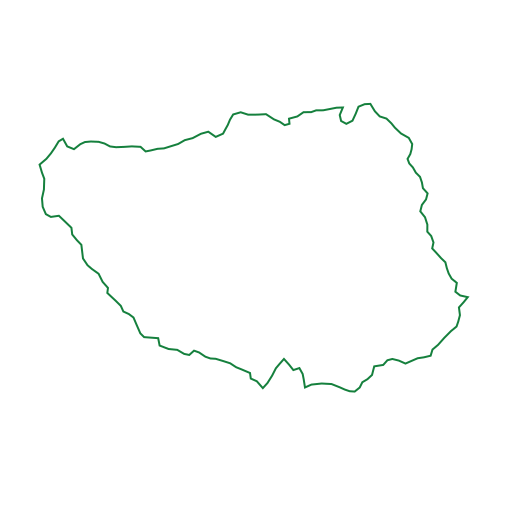 outline of Carmolândia, Tocantins, Brazil, rotated 259°
{"feature_id": "56859067B94534455119436", "entity_name": "Carmolândia", "entity_type": "district", "adm_level": 2, "iso_a3": "BRA", "parent_name": "Brazil", "parent_adm1": "Tocantins", "projection": "mercator", "projection_center": [-48.372, -7.038], "detail": "fine", "context": "isolated", "style": "outline", "palette": "green", "viewbox_px": 512, "rotation_deg": 259, "n_neighbors": 0, "source": "geoboundaries", "source_scale": "gbopen_adm2", "svg_char_len": 2360}
<svg xmlns="http://www.w3.org/2000/svg" viewBox="0 0 512 512"><g transform="rotate(259 256 256)"><path d="M175.2,456.0L178.3,448.9L182.9,444.9L191.3,448.0L196.4,443.7L202.1,441.8L207.7,441.0L213.7,440.7L218.5,437.3L225.2,433.3L229.8,430.4L235.4,432.8L242.2,431.8L247.2,428.8L254.1,430.2L261.8,429.3L268.5,425.8L274.5,428.6L279.1,433.7L284.7,436.4L290.7,432.8L296.5,432.9L302.4,432.1L307.3,428.8L313.0,426.9L317.6,424.1L322.4,423.3L326.6,426.9L331.1,429.1L336.1,430.7L342.8,428.5L348.6,421.7L355.5,416.8L360.4,414.2L366.0,410.3L369.4,404.1L375.4,400.3L383.5,397.3L384.3,391.6L383.0,385.1L376.6,381.0L370.4,376.5L368.5,369.9L372.3,365.3L378.4,365.1L385.2,369.6L386.2,363.4L386.2,358.2L386.2,349.8L387.5,342.8L386.7,337.6L388.1,330.1L385.1,323.2L384.5,314.6L379.4,314.1L379.0,309.1L383.2,305.0L386.7,299.7L393.3,292.9L394.5,284.4L396.2,275.3L400.0,268.4L399.3,260.6L394.8,256.5L390.0,253.3L386.2,250.1L382.4,247.0L380.6,239.2L387.1,232.9L386.5,225.3L383.8,216.3L383.3,208.2L380.8,200.9L380.0,193.4L379.2,186.2L380.0,179.8L379.7,172.7L379.7,167.6L385.2,163.5L387.3,155.0L388.3,147.2L389.5,139.4L391.4,133.6L395.3,128.8L398.1,123.3L399.9,115.7L400.5,109.8L399.3,104.9L395.6,97.7L399.6,91.6L407.9,88.9L406.2,84.2L400.7,79.2L395.9,74.3L391.4,68.8L387.0,61.0L378.7,61.8L372.2,62.9L367.0,61.7L361.7,60.5L353.4,56.9L345.0,56.0L337.2,57.7L333.5,62.1L333.1,70.2L326.2,75.1L318.9,80.2L312.2,79.7L305.7,83.2L300.3,86.7L286.6,85.7L279.0,88.9L274.5,92.5L268.6,98.1L259.9,100.5L252.9,104.6L248.1,103.0L238.7,109.8L232.8,113.8L226.8,115.2L223.3,120.1L219.0,124.0L212.0,125.5L202.1,127.7L197.7,130.7L194.0,144.3L186.5,144.3L181.4,152.4L178.9,160.8L173.6,166.8L171.6,171.6L174.9,177.1L172.2,181.7L166.8,187.1L164.1,191.7L162.8,196.8L159.0,204.0L155.6,210.2L150.6,215.3L147.5,220.1L142.3,227.8L136.7,227.5L132.9,232.9L125.0,237.5L129.1,243.0L135.5,249.0L142.0,254.1L145.3,258.2L149.6,263.8L143.1,267.7L136.9,270.9L137.7,277.2L131.3,279.3L125.9,279.3L117.6,279.0L119.2,285.9L118.3,296.1L115.9,305.7L111.1,313.2L108.0,317.6L105.4,322.1L104.1,327.0L107.1,332.7L111.8,336.3L113.8,341.9L117.1,347.2L125.1,351.0L124.8,360.1L128.6,365.1L128.9,370.2L126.1,376.2L121.9,382.2L124.8,395.2L124.5,401.4L124.8,408.4L130.5,411.4L134.0,417.7L139.8,425.3L145.1,433.1L148.5,439.4L153.0,442.0L159.0,444.9L166.8,445.4L171.1,451.1L175.2,456.0Z" fill="none" stroke="#15803d" stroke-width="2"/></g></svg>